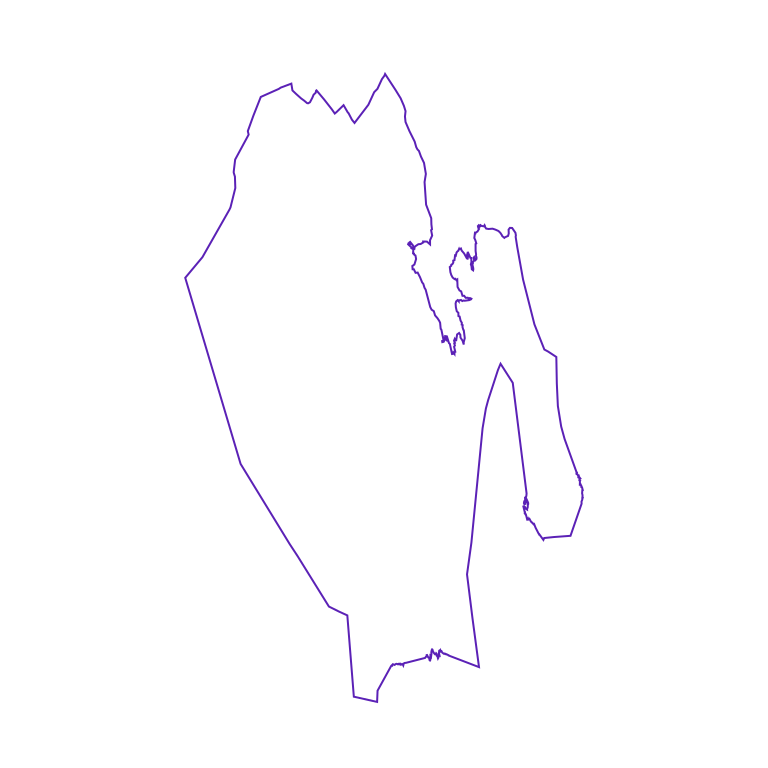 Sørreisa nor, Troms, Norway, rotated 80°
{"feature_id": "86288312B8991276694955", "entity_name": "Sørreisa nor", "entity_type": "district", "adm_level": 2, "iso_a3": "NOR", "parent_name": "Norway", "parent_adm1": "Troms", "projection": "robinson", "projection_center": [18.288, 69.101], "detail": "fine", "context": "isolated", "style": "outline", "palette": "violet", "viewbox_px": 768, "rotation_deg": 80, "n_neighbors": 0, "source": "geoboundaries", "source_scale": "gbopen_adm2", "svg_char_len": 6117}
<svg xmlns="http://www.w3.org/2000/svg" viewBox="0 0 768 768"><g transform="rotate(80 384 384)"><path d="M257.9,228.3L252.6,230.7L252.1,232.9L253.6,234.5L257.4,235.0L259.7,236.1L260.5,239.3L261.0,240.1L258.8,241.9L257.8,242.1L255.3,243.2L253.2,244.7L251.3,247.5L249.9,250.1L249.5,254.1L248.7,256.4L246.9,257.2L245.7,257.2L245.1,257.4L246.1,258.2L245.0,261.1L244.2,261.4L244.3,261.8L245.4,261.8L246.0,263.0L244.3,263.4L244.8,264.1L246.8,264.0L247.8,263.5L250.1,265.5L250.8,267.4L251.4,267.7L251.0,268.2L255.9,269.7L258.1,269.1L261.6,268.7L262.0,269.5L268.9,270.7L272.3,270.8L273.9,271.2L275.2,270.9L276.9,271.2L277.9,272.4L277.3,272.7L274.7,273.2L275.4,273.9L277.2,273.7L278.3,273.9L279.4,275.4L280.6,275.5L281.7,276.2L285.1,276.0L286.5,276.1L287.5,276.5L286.3,277.6L283.1,277.4L281.3,277.7L279.0,276.7L275.0,276.2L274.8,277.0L268.4,278.6L269.3,278.8L271.0,279.7L272.9,279.7L273.2,279.3L274.3,279.5L275.1,279.9L274.7,280.6L269.4,282.4L266.0,284.4L263.9,284.7L264.4,286.5L264.0,286.6L265.7,287.7L266.2,288.7L267.1,289.7L269.8,290.9L269.4,291.2L269.4,291.6L274.3,293.1L274.5,294.4L276.5,294.7L277.8,295.8L278.2,297.0L279.3,297.3L280.2,298.9L285.4,299.2L288.4,298.8L291.1,297.9L293.0,296.2L292.8,295.4L294.3,294.7L293.8,293.7L301.2,294.7L305.0,293.4L306.2,291.9L310.8,291.4L311.1,289.7L313.3,288.6L313.6,286.5L314.2,286.1L314.3,284.4L315.2,283.1L315.7,283.5L316.2,285.5L316.0,290.1L315.6,291.2L315.9,292.5L314.6,293.6L314.9,295.6L313.8,296.1L315.4,296.2L314.2,297.0L315.2,298.6L317.1,299.5L320.9,299.9L325.0,299.7L326.8,298.4L330.0,298.9L330.7,297.8L334.8,297.6L337.3,296.7L339.0,297.2L339.7,296.3L341.4,296.8L344.4,296.5L344.9,296.1L352.9,296.5L356.8,298.3L359.0,298.6L355.0,299.1L351.6,300.6L348.8,300.3L346.8,301.2L347.9,303.4L353.5,305.3L353.5,306.0L351.9,306.5L353.5,307.5L355.9,307.0L356.2,307.8L358.4,307.5L359.5,308.5L364.7,308.2L364.9,309.1L366.6,309.4L365.0,310.2L366.3,310.8L366.3,311.8L355.9,312.2L355.1,312.9L348.0,313.8L347.5,315.3L350.9,315.3L349.5,316.3L351.5,316.9L352.8,317.9L352.9,319.3L351.8,319.3L351.7,318.0L350.1,317.8L342.2,318.0L340.3,318.1L339.5,318.6L333.4,318.1L331.3,318.7L328.5,319.9L325.3,321.8L320.9,322.3L319.1,324.2L316.3,325.1L298.3,326.6L296.3,327.4L292.2,327.9L290.6,328.8L285.0,330.0L280.1,331.5L280.0,333.6L276.2,334.7L276.0,335.9L272.7,335.6L271.6,333.3L266.5,330.7L262.9,330.7L261.7,331.9L260.8,331.8L260.4,332.7L256.4,331.7L255.0,333.5L254.2,333.3L250.6,336.0L249.7,335.4L250.7,333.6L248.8,334.0L248.6,333.6L252.4,331.5L253.9,331.2L255.5,331.6L256.1,330.6L254.1,329.9L252.3,325.9L252.5,323.6L251.4,320.7L250.5,320.7L251.2,317.0L254.5,314.4L250.4,313.7L246.2,310.8L240.7,310.9L240.0,309.9L235.0,309.6L228.9,308.7L214.7,311.4L192.2,309.0L184.4,306.3L173.2,306.2L166.4,308.1L160.6,309.1L158.8,310.3L156.4,311.1L150.6,311.7L139.5,315.0L129.7,317.3L124.2,316.9L119.0,315.4L113.5,316.1L105.5,318.0L96.4,321.6L78.9,329.1L80.5,330.1L83.4,333.1L92.2,339.2L94.9,343.0L106.3,350.9L121.8,367.7L118.1,369.7L111.1,371.9L110.3,372.5L102.4,375.4L108.0,383.6L109.1,385.5L104.4,387.7L93.5,393.5L83.1,399.5L83.3,399.9L85.3,400.7L86.9,403.1L89.7,404.9L93.7,408.0L94.4,410.0L94.0,411.0L91.1,413.4L88.4,416.0L83.2,420.1L79.0,423.2L72.1,423.1L74.2,434.3L75.1,436.3L79.9,455.5L97.0,466.0L111.3,474.2L114.9,474.0L137.1,491.6L148.7,495.1L149.8,495.3L153.9,494.8L165.2,496.4L183.4,504.5L185.4,505.9L227.6,540.8L244.9,561.3L437.8,539.1L525.2,504.7L538.7,498.9L593.6,476.9L600.4,467.7L605.5,460.3L686.7,468.0L695.9,446.0L684.9,443.6L662.9,425.9L662.3,425.0L662.6,424.7L661.9,424.4L661.5,423.9L662.5,422.3L662.0,421.5L661.7,420.5L662.1,419.4L662.4,419.1L662.2,418.5L662.5,418.4L662.7,417.9L662.3,417.7L662.2,417.2L662.8,416.6L662.6,416.3L663.4,416.0L662.9,414.8L663.6,414.2L664.5,413.9L662.7,413.1L662.5,412.7L662.3,412.1L662.4,410.6L660.9,391.1L659.8,390.0L659.8,389.3L657.6,388.9L661.0,387.9L661.6,387.1L663.8,387.1L664.3,386.7L664.0,386.4L662.5,386.0L662.4,385.7L660.9,385.9L659.1,385.3L657.7,385.2L659.6,385.0L660.1,384.8L657.6,384.0L656.4,384.0L654.3,383.2L653.7,382.7L654.0,382.4L655.9,382.2L658.1,381.3L659.2,380.6L659.3,380.2L658.2,379.4L658.8,379.0L660.2,379.1L660.0,378.8L660.3,378.5L661.1,378.3L661.8,378.2L662.9,378.6L663.6,378.5L663.2,378.2L663.6,378.1L662.7,378.0L661.4,376.9L660.3,376.8L660.6,376.5L658.4,376.6L657.5,376.3L657.4,376.0L656.6,376.1L656.2,375.9L655.9,375.2L656.7,374.8L656.3,374.6L657.0,374.4L657.0,373.8L658.6,373.3L660.0,372.0L659.9,371.4L660.5,370.8L660.4,370.4L660.8,370.2L661.0,369.2L661.6,368.8L661.7,368.4L662.3,367.5L662.6,367.5L679.3,339.6L629.2,337.5L585.9,335.3L555.5,325.5L444.7,294.6L425.8,287.9L417.9,284.2L390.1,269.4L384.3,265.7L405.2,257.0L516.6,262.6L519.1,263.3L519.9,264.0L522.2,263.7L523.3,263.8L523.5,264.2L522.1,264.2L521.3,264.5L521.0,264.9L523.1,265.2L523.6,265.5L523.6,266.0L524.0,266.3L525.6,266.9L526.6,266.7L526.6,266.0L527.4,265.6L526.7,265.6L524.6,264.7L525.0,264.4L524.6,263.8L525.3,263.4L524.6,263.0L525.8,262.7L527.2,262.8L527.5,263.0L527.4,263.2L530.4,263.9L531.3,264.4L531.6,264.8L532.5,264.9L531.7,265.8L529.5,266.6L528.7,267.3L528.8,268.0L533.8,267.7L534.4,267.4L535.1,267.5L535.5,267.9L536.0,267.7L535.7,267.5L536.0,267.3L537.4,266.9L542.5,266.5L542.5,266.3L541.9,265.8L542.0,265.6L541.7,265.4L542.1,265.3L541.9,265.1L542.2,264.6L542.0,264.2L545.0,263.2L545.6,262.7L546.1,262.5L546.3,262.0L548.1,261.1L547.9,260.5L551.8,259.7L558.2,257.7L558.6,257.3L559.1,257.3L559.1,257.1L565.2,254.1L563.5,253.0L564.2,243.4L565.9,226.7L536.2,210.2L534.1,209.9L532.3,208.8L530.7,208.5L530.7,208.1L530.4,207.9L529.3,208.1L527.9,207.8L526.1,207.9L522.9,207.1L522.9,206.7L520.3,206.9L519.8,207.5L519.1,207.2L517.7,207.6L518.1,207.9L518.0,208.1L516.5,208.2L516.6,208.5L513.6,207.9L513.1,208.2L512.8,207.7L512.3,208.1L511.6,208.1L511.7,207.9L511.2,207.9L511.1,207.6L509.8,207.9L509.9,207.7L509.1,208.1L509.2,208.7L508.5,208.5L508.4,208.2L507.8,208.1L507.6,208.4L507.7,208.9L506.6,209.2L506.2,210.0L505.4,210.0L505.3,209.5L504.8,209.3L503.8,209.8L469.5,215.7L456.7,216.9L435.9,216.6L413.4,213.7L387.3,209.6L380.5,216.8L377.9,220.1L351.4,225.5L305.3,228.9L272.5,229.0L261.9,228.8L260.5,228.3L257.9,228.3Z" fill="none" stroke="#5b21b6" stroke-width="2"/></g></svg>